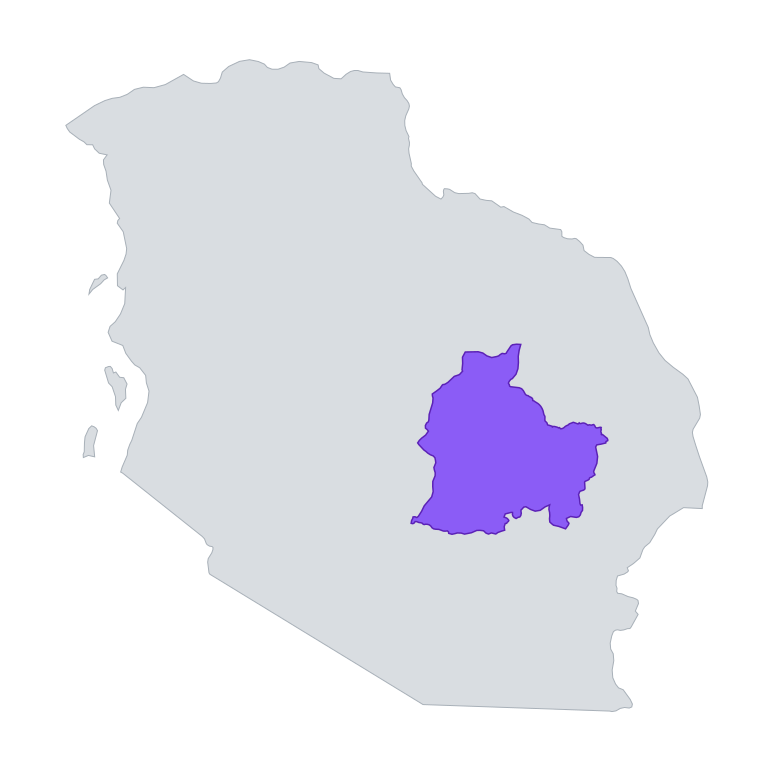 Tabora on a map of United Republic of Tanzania (orthographic projection), rotated 182°
{"feature_id": "TZA-3359", "entity_name": "Tabora", "entity_type": "Region", "adm_level": 1, "iso_a3": "TZA", "parent_name": "United Republic of Tanzania", "parent_adm1": "", "projection": "orthographic", "projection_center": [32.512, -5.492], "detail": "fine", "context": "in_parent", "style": "filled", "palette": "violet", "viewbox_px": 768, "rotation_deg": 182, "n_neighbors": 0, "source": "natural_earth", "source_scale": "10m", "svg_char_len": 7607}
<svg xmlns="http://www.w3.org/2000/svg" viewBox="0 0 768 768"><g transform="rotate(182 384 384)"><path d="M270.3,565.5L260.7,560.4L252.0,557.4L244.9,553.9L241.7,550.6L235.0,549.3L229.2,548.7L223.8,545.6L212.8,544.5L211.6,542.4L211.4,537.8L209.5,536.6L205.5,535.5L201.1,535.5L198.5,536.2L196.9,535.9L193.4,533.2L190.0,529.7L188.7,524.3L183.7,520.7L177.9,517.9L161.7,518.3L159.2,517.4L155.3,514.7L150.8,510.1L147.2,504.8L144.0,497.7L140.6,488.1L121.9,449.8L120.0,442.6L116.3,434.5L110.3,424.7L104.0,417.4L95.4,410.7L85.7,404.2L80.4,399.7L70.3,381.7L68.3,373.3L66.7,364.5L67.3,360.9L73.5,349.6L74.1,346.4L73.3,342.2L70.2,333.2L66.2,322.3L58.2,302.4L57.0,297.4L57.1,293.6L61.7,273.4L61.6,270.6L80.3,270.9L93.9,262.0L105.7,248.7L108.1,243.2L112.9,234.7L117.7,230.4L119.5,227.5L122.2,219.1L128.4,213.3L134.5,208.9L133.2,205.8L134.1,204.6L137.4,202.4L143.9,200.3L145.1,195.8L145.1,190.8L144.0,188.0L144.2,184.8L143.2,183.0L139.0,182.6L132.8,180.1L127.5,179.0L123.9,177.6L122.6,176.5L122.0,173.5L124.9,165.8L122.0,162.6L128.5,149.8L129.7,148.2L132.1,148.0L135.8,146.6L139.3,146.0L142.1,146.5L144.2,146.0L146.1,144.5L147.6,140.2L148.9,132.9L148.2,127.0L145.5,122.4L144.7,115.5L146.0,106.1L145.1,98.4L142.1,92.2L139.0,88.5L134.3,86.8L126.9,77.3L124.6,72.8L125.1,69.9L127.6,68.7L132.3,69.1L136.7,68.0L140.8,65.4L144.8,64.6L147.0,65.0L333.8,65.0L551.4,187.8L552.3,189.2L554.0,199.8L553.6,203.3L550.2,209.3L549.2,212.5L549.2,214.7L550.0,215.5L552.8,215.9L555.2,217.3L556.1,218.5L558.0,223.0L560.3,225.3L642.2,285.9L644.1,286.8L642.8,291.8L638.1,303.9L637.8,309.0L635.9,314.9L634.1,318.9L629.2,335.9L625.2,342.3L619.6,357.2L618.6,368.7L621.5,376.8L622.5,384.3L628.7,391.7L633.8,394.4L637.1,397.9L643.1,405.6L646.4,413.4L657.3,417.3L661.5,426.0L659.8,432.0L654.7,436.9L649.8,444.8L645.9,455.3L645.6,471.4L648.1,468.9L653.8,472.9L654.4,484.8L648.2,498.5L646.3,504.9L645.9,510.4L649.9,527.0L656.2,535.4L655.7,538.1L654.0,540.2L664.8,555.2L663.6,568.1L667.6,578.2L669.2,586.9L671.8,593.6L672.2,598.2L668.7,603.3L676.7,604.7L681.4,608.9L683.5,612.9L689.3,612.8L692.4,615.6L696.9,617.9L706.8,624.8L709.4,628.2L711.0,631.4L682.9,652.2L672.8,657.5L665.6,660.0L658.0,661.3L650.7,664.5L643.7,669.7L634.9,672.2L624.2,672.1L613.0,675.6L595.1,686.4L585.0,680.2L577.0,678.2L567.7,678.3L562.0,679.0L560.0,680.3L558.1,684.0L556.5,690.1L550.3,695.9L539.6,701.4L529.7,703.4L520.8,701.9L514.7,699.5L511.6,696.3L506.9,694.7L500.8,694.9L494.8,697.2L489.1,701.5L480.0,703.4L467.6,702.7L461.0,700.6L460.1,696.9L454.7,692.6L444.8,687.7L437.5,687.5L432.7,692.2L428.4,695.1L424.5,696.3L421.0,696.4L416.0,695.1L402.2,694.6L389.2,694.7L388.0,687.9L385.3,683.7L383.0,681.3L378.5,680.6L377.2,678.7L375.8,674.5L373.6,670.9L370.7,667.9L368.9,665.1L368.3,662.6L368.8,659.8L371.6,652.8L372.5,648.0L372.2,643.1L370.8,638.1L367.7,632.1L368.1,630.4L367.0,626.3L367.0,623.5L367.6,619.9L367.0,615.3L364.4,605.3L364.4,602.7L361.6,597.9L353.0,586.4L352.6,584.9L339.0,573.4L333.5,570.8L331.6,573.0L330.8,575.0L331.4,578.7L331.0,580.5L330.5,581.3L327.2,581.2L325.2,580.8L320.0,577.7L316.0,576.9L306.0,577.5L302.5,578.2L299.7,577.5L294.5,572.2L288.3,571.1L282.7,570.8L273.5,564.8L270.3,565.5ZM659.3,375.4L663.6,388.1L663.0,390.5L659.8,391.9L658.1,392.0L656.2,389.9L654.8,385.6L652.4,386.6L648.4,381.5L644.3,381.2L640.8,375.0L642.2,369.7L641.5,360.7L646.0,356.1L648.6,348.3L651.3,353.6L651.9,362.0L655.6,371.8L659.3,375.4ZM681.9,300.0L682.2,303.0L681.2,305.8L681.3,314.9L680.9,320.8L677.5,329.1L674.7,332.0L672.2,331.1L670.2,329.7L668.7,327.4L672.1,312.3L670.6,301.1L676.9,302.3L681.9,300.0ZM670.2,482.9L667.1,483.7L665.8,482.9L663.9,480.4L667.3,478.3L670.7,474.3L678.4,468.3L682.0,463.5L681.4,468.2L676.9,478.5L673.3,479.1L670.2,482.9Z" fill="#d9dde1" stroke="#a8b0b8" stroke-width="1"/><path d="M352.0,245.7L351.7,248.3L351.3,249.3L350.7,250.3L350.3,252.2L348.4,252.4L346.5,251.7L345.1,252.9L342.0,258.1L339.5,263.7L332.4,272.8L331.1,278.2L331.7,283.3L331.8,288.4L329.7,294.1L329.7,297.1L330.7,300.0L331.2,302.3L329.5,307.0L329.9,309.5L330.5,312.0L332.2,313.8L335.2,314.9L337.9,316.5L339.8,318.1L341.8,319.4L347.1,324.7L348.3,326.3L346.7,328.9L344.5,331.2L340.6,334.4L338.0,338.4L339.3,340.0L341.0,341.3L341.2,344.0L340.0,346.5L338.4,347.7L338.1,348.8L337.9,350.0L337.8,355.2L334.7,366.8L334.5,371.7L335.2,373.8L335.4,375.7L331.3,378.8L327.8,381.7L325.7,385.0L325.1,385.5L323.6,385.7L322.4,386.3L320.0,388.0L314.0,394.1L309.7,395.7L308.8,396.2L305.9,399.6L306.5,400.9L306.1,407.2L306.5,413.5L303.9,418.8L291.0,419.5L286.3,418.4L282.2,415.7L277.3,414.2L272.3,415.4L270.4,416.1L269.0,417.4L267.0,418.7L264.4,418.4L262.9,419.0L262.2,420.5L258.4,426.6L256.9,427.7L252.9,428.4L248.7,428.3L250.1,422.4L250.8,416.3L250.4,410.1L250.7,403.9L252.4,398.4L255.9,393.9L257.5,393.0L258.7,391.4L259.3,390.3L259.7,389.2L259.2,388.4L258.7,387.6L258.4,386.3L257.4,385.7L248.8,385.0L246.3,384.1L244.5,382.2L242.4,378.7L241.5,377.9L240.9,377.6L239.6,377.4L238.5,376.6L236.4,375.7L235.8,375.3L235.4,374.9L234.8,374.0L234.8,373.7L234.9,373.1L234.8,372.8L234.5,372.5L233.7,372.4L233.3,372.2L232.5,371.6L229.5,369.9L228.1,368.8L226.5,367.1L225.2,365.1L224.2,363.0L223.1,358.9L222.4,357.9L222.0,356.9L222.0,353.9L221.8,352.8L221.3,352.3L220.2,351.3L219.7,350.7L219.5,350.1L219.3,349.5L219.1,348.9L218.7,348.7L217.5,348.5L214.1,347.5L214.1,347.0L213.1,347.5L212.1,347.5L209.4,346.9L208.0,346.2L207.7,346.3L207.5,346.5L207.3,346.6L206.9,346.4L206.4,345.8L206.1,345.5L205.7,345.4L204.0,345.8L202.6,346.7L201.5,347.8L200.2,348.7L199.0,349.2L198.6,349.5L197.9,350.1L197.6,350.5L196.8,350.9L194.6,351.8L193.9,352.2L193.3,352.3L188.9,350.9L188.2,351.1L187.6,352.0L186.7,351.3L185.7,351.4L184.6,351.8L183.4,352.0L182.1,351.8L180.9,351.3L178.7,349.9L177.6,350.4L175.1,350.1L174.0,350.6L173.0,350.8L172.1,349.9L171.0,347.9L169.8,347.5L168.6,347.7L167.4,348.1L166.3,348.3L165.5,348.2L165.3,347.8L165.7,346.9L165.6,346.5L165.3,346.0L165.3,345.7L165.7,344.3L165.4,343.3L165.2,342.8L164.9,342.2L165.0,341.8L165.1,341.4L164.9,341.0L164.6,340.9L163.8,341.0L163.4,340.8L159.5,337.8L159.2,337.7L158.6,336.6L158.4,335.9L158.4,335.2L160.1,334.3L160.3,332.8L164.9,331.5L169.2,330.6L170.3,328.5L168.0,319.0L168.5,312.1L171.4,304.1L171.1,302.5L170.4,301.6L170.0,300.6L170.4,300.4L173.4,298.1L174.7,297.7L175.1,297.4L175.4,297.0L175.6,296.1L175.9,295.7L176.9,295.0L179.7,293.7L180.1,293.0L179.5,286.7L179.8,285.7L180.9,284.9L184.2,283.7L184.7,283.1L185.7,280.4L184.6,275.8L184.0,271.4L183.3,269.9L181.7,270.1L181.2,267.4L181.2,264.6L182.6,262.5L183.2,260.0L184.7,258.1L187.1,257.4L192.9,258.1L197.0,256.0L196.6,254.4L195.9,252.8L194.8,252.1L194.3,251.0L195.1,249.2L197.5,245.6L204.4,247.8L209.7,248.8L211.7,250.3L213.5,251.9L213.9,255.0L213.7,258.2L214.0,261.3L214.8,264.3L214.7,266.7L214.2,269.0L218.6,266.9L223.5,263.2L228.5,262.2L233.3,263.8L235.6,265.1L237.9,266.3L240.1,265.8L241.6,263.9L242.5,263.2L242.7,261.9L242.3,259.6L242.7,257.3L243.7,255.8L245.2,255.5L247.3,254.2L249.3,255.2L250.4,256.3L251.1,258.0L251.0,259.1L251.1,260.1L252.5,260.1L258.3,258.4L259.4,255.2L256.7,254.3L255.5,253.3L254.5,252.1L254.9,251.0L256.0,250.1L256.6,249.0L258.0,248.8L258.9,245.5L258.3,242.1L261.5,241.0L265.4,239.4L266.2,238.5L267.2,238.0L271.5,238.9L274.3,237.7L276.8,238.5L279.4,240.8L283.0,241.1L286.2,240.9L291.4,238.4L298.3,236.8L301.6,237.7L305.7,237.7L307.3,237.1L310.8,236.2L314.1,237.0L314.4,238.5L315.5,239.4L317.5,239.1L319.5,239.1L324.0,240.6L327.6,240.7L329.4,241.0L331.0,242.0L332.2,243.6L333.8,244.8L335.8,245.3L337.7,245.3L339.0,244.9L340.2,245.4L341.1,246.3L342.3,246.6L344.4,246.8L346.5,247.6L348.1,247.6L348.9,246.2L350.3,245.4L352.0,245.7Z" fill="#8b5cf6" stroke="#5b21b6" stroke-width="1.5"/></g></svg>